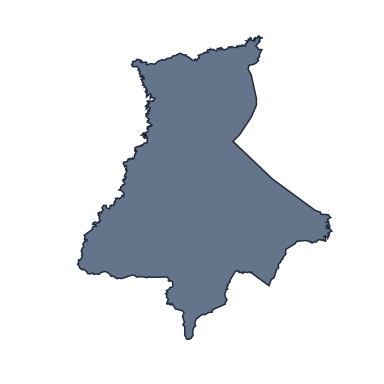 Puerto Lleras, Meta, Colombia (Robinson projection), rotated 256°
{"feature_id": "7082276B33547604414651", "entity_name": "Puerto Lleras", "entity_type": "district", "adm_level": 2, "iso_a3": "COL", "parent_name": "Colombia", "parent_adm1": "Meta", "projection": "robinson", "projection_center": [-73.194, 3.209], "detail": "fine", "context": "isolated", "style": "filled", "palette": "slate", "viewbox_px": 384, "rotation_deg": 256, "n_neighbors": 0, "source": "geoboundaries", "source_scale": "gbopen_adm2", "svg_char_len": 6058}
<svg xmlns="http://www.w3.org/2000/svg" viewBox="0 0 384 384"><g transform="rotate(256 192 192)"><path d="M70.5,182.4L72.3,183.3L73.2,185.5L75.1,197.1L76.9,197.8L78.9,199.9L81.6,199.0L85.3,199.0L87.3,200.8L88.7,201.0L89.1,203.1L91.4,202.9L92.4,204.3L93.5,203.8L95.4,207.0L97.8,208.1L104.5,214.9L104.4,217.4L103.6,218.5L102.6,218.1L101.7,221.0L100.7,221.4L101.2,222.7L101.7,222.3L101.7,223.5L100.4,226.5L100.7,228.4L99.6,229.0L99.6,230.6L98.9,230.3L82.4,244.0L87.7,247.6L89.2,251.1L96.2,255.2L97.5,257.8L100.3,258.1L101.8,259.2L102.2,260.7L104.9,262.8L105.0,263.9L107.3,265.2L108.8,267.9L113.2,268.9L113.8,269.7L116.9,279.6L118.7,281.5L117.7,289.7L115.7,294.1L115.1,294.1L115.0,295.6L113.5,295.9L114.0,299.8L113.4,300.4L114.9,302.4L114.7,305.0L113.6,306.4L113.9,308.1L112.6,308.4L112.0,309.5L112.7,310.2L115.6,310.3L116.8,309.5L117.1,310.7L116.2,312.0L114.2,312.4L117.3,315.0L118.4,314.6L119.0,313.2L118.9,315.3L119.7,315.9L120.2,318.2L123.0,316.8L123.8,314.5L124.5,317.1L126.0,317.4L125.4,314.9L126.0,313.9L127.0,314.7L127.6,317.1L130.0,317.4L130.2,315.4L131.0,317.0L132.8,317.1L133.7,320.5L135.2,319.2L136.9,318.9L139.4,311.5L141.4,311.7L144.2,307.2L185.1,273.2L231.2,244.0L236.2,252.2L250.6,267.9L260.5,275.4L266.9,277.1L291.7,277.8L297.6,276.1L301.3,278.2L300.9,282.6L301.8,285.8L303.7,288.5L305.5,287.8L306.8,290.2L308.6,290.4L313.3,294.2L314.3,290.7L316.0,290.8L318.3,289.1L321.7,294.4L322.8,293.7L322.9,294.4L324.8,295.1L324.3,298.0L326.0,294.6L326.3,295.2L327.1,294.5L326.2,294.3L326.9,293.5L325.7,292.5L325.8,291.1L326.5,290.8L326.0,289.9L324.7,289.6L325.1,289.0L324.3,289.1L324.3,289.9L323.3,289.1L325.0,286.4L327.2,286.5L327.5,285.9L326.7,286.0L326.6,284.0L325.6,284.6L325.8,283.1L324.9,282.8L325.4,281.2L324.0,282.1L322.7,279.7L321.0,279.1L321.7,278.7L321.6,276.2L322.5,276.0L321.4,274.9L322.6,273.7L321.7,272.5L322.7,271.7L321.8,270.9L322.4,270.7L321.6,270.0L321.8,268.1L323.5,265.9L322.8,264.4L323.5,264.5L323.9,262.7L322.4,261.2L322.1,258.3L323.2,256.1L325.1,255.3L325.1,254.4L323.4,254.2L324.7,253.2L324.3,252.5L325.1,251.3L323.0,250.4L324.1,247.9L325.2,247.4L325.4,245.0L326.6,244.4L325.6,243.9L326.2,241.9L325.1,240.7L323.7,241.6L323.4,240.9L324.4,238.0L323.5,235.9L323.1,231.1L320.5,231.7L320.7,230.8L318.4,228.4L320.2,227.4L319.1,226.2L320.2,223.9L323.1,222.0L325.3,219.3L326.2,219.6L327.6,216.0L328.9,215.3L329.5,213.6L328.4,209.1L328.6,206.5L327.3,204.4L327.6,199.6L326.4,197.4L327.6,195.5L327.2,191.3L325.0,186.5L326.5,183.4L326.4,178.8L328.9,179.4L330.2,173.8L331.3,174.9L332.1,174.2L331.7,173.4L332.9,173.4L333.5,171.1L334.1,170.9L332.6,168.5L333.1,165.5L332.4,166.5L330.0,164.1L329.1,165.4L328.0,164.7L326.8,169.2L324.5,170.1L323.5,169.3L323.4,170.2L322.5,169.7L321.2,171.0L320.0,169.5L317.5,170.6L316.8,169.5L316.0,170.3L317.3,171.1L316.9,171.9L315.8,171.3L315.2,172.0L315.9,172.6L313.8,173.3L313.2,172.6L314.7,171.7L313.9,171.8L313.7,169.8L311.6,170.8L310.7,170.3L309.6,171.4L308.0,170.2L308.4,171.8L307.6,170.6L306.9,171.5L305.3,171.0L305.6,171.9L304.7,172.5L302.4,172.3L302.5,173.6L301.8,172.5L301.1,173.1L300.7,171.0L299.4,172.3L299.3,171.6L298.2,171.6L297.2,172.4L296.9,171.4L295.3,170.8L297.5,175.1L295.1,176.0L295.0,174.7L293.1,174.2L294.0,175.1L293.0,175.9L292.2,178.6L290.9,178.4L290.0,175.9L289.5,176.0L290.9,171.5L289.9,172.2L290.1,170.8L289.1,171.5L288.1,170.3L288.1,171.5L287.1,171.0L287.4,170.0L286.5,169.8L287.0,168.9L286.5,167.7L285.8,168.7L283.7,167.7L284.8,170.3L284.1,171.6L282.5,171.0L282.4,169.8L281.0,170.3L280.7,169.6L281.7,169.2L281.1,168.6L278.5,168.9L278.1,168.2L279.0,168.3L279.3,167.4L278.9,166.2L277.4,166.5L276.5,165.1L276.7,166.3L274.8,166.6L272.7,168.1L271.7,166.0L271.0,166.5L270.6,165.6L268.1,168.5L266.4,169.4L265.8,168.2L266.4,168.2L266.5,166.6L266.1,165.9L265.5,166.3L264.9,164.9L265.8,164.4L264.1,163.6L263.0,164.6L261.1,163.7L260.9,160.9L260.2,159.7L261.0,159.1L259.4,156.8L259.0,161.4L257.7,161.3L258.1,159.0L257.2,159.1L257.1,158.1L255.5,159.2L255.9,161.8L250.5,160.3L251.1,157.4L249.3,155.6L249.8,154.5L248.7,154.3L249.6,152.4L248.7,150.8L249.4,149.9L248.8,147.6L246.2,146.5L246.3,147.7L245.1,148.2L245.0,147.0L243.8,147.3L242.1,145.4L238.6,143.9L238.4,141.7L239.0,141.9L238.5,141.2L239.6,140.2L238.6,138.3L239.3,138.0L237.1,136.2L237.5,132.7L236.0,132.2L233.7,133.2L232.7,132.1L233.3,134.4L232.2,134.6L230.3,133.2L230.1,133.9L229.0,133.2L228.2,134.1L223.7,130.2L222.2,131.6L220.7,128.3L220.4,129.7L219.2,127.8L217.1,128.9L215.6,128.3L215.8,126.5L214.6,125.9L214.5,124.4L212.3,123.3L211.6,121.7L210.4,123.9L207.0,125.8L204.6,124.6L205.7,123.4L204.1,122.5L203.1,119.7L204.0,118.6L203.5,118.3L204.3,116.3L203.2,116.5L202.1,115.3L201.0,115.3L201.4,114.7L200.6,113.9L198.5,113.6L198.1,112.6L198.8,111.2L198.1,110.5L198.7,109.3L195.7,108.2L196.8,105.7L198.4,105.0L199.7,105.6L200.4,103.0L198.4,100.8L196.2,101.6L194.8,99.5L193.4,99.2L194.8,97.5L194.2,95.7L193.3,95.8L193.4,96.6L192.2,95.5L190.8,96.7L189.8,95.5L186.1,96.2L186.0,94.3L184.8,94.2L184.6,92.9L186.3,91.0L186.1,89.0L184.9,87.8L183.5,90.6L182.1,90.8L182.5,87.6L179.7,85.9L176.1,77.0L175.0,77.4L171.9,76.2L171.3,78.6L170.3,78.3L169.7,77.6L170.3,76.2L168.0,73.6L164.6,73.4L164.0,71.9L161.1,70.1L159.1,71.1L157.7,69.7L155.7,69.8L153.4,67.5L153.6,65.5L150.7,64.9L149.6,63.5L147.3,64.9L145.8,64.5L143.1,66.5L143.2,68.4L139.6,70.9L138.4,70.8L137.3,72.6L137.2,76.3L135.7,76.9L135.8,79.1L134.6,81.8L136.0,84.6L135.9,88.7L134.1,90.8L130.5,93.2L129.8,93.0L129.5,94.9L125.9,98.5L126.4,99.6L125.0,102.7L125.9,113.8L125.1,116.1L122.9,117.6L122.1,122.5L119.8,127.7L120.0,130.1L119.3,131.1L115.5,147.4L113.0,148.4L111.8,147.6L110.8,148.4L111.1,150.0L109.7,151.3L106.2,151.0L104.6,149.7L104.6,147.4L103.4,146.7L102.5,143.3L100.6,144.0L99.8,141.8L98.2,142.6L96.0,141.8L93.6,143.1L89.8,140.4L89.1,141.1L89.5,143.3L88.3,142.9L87.4,144.5L88.7,145.8L82.6,147.6L79.3,153.6L77.4,154.8L76.0,154.7L73.9,152.7L67.5,153.1L65.3,151.0L63.4,152.3L54.6,150.4L50.5,151.3L49.9,153.4L50.4,155.8L52.6,158.3L56.3,158.8L60.1,160.9L61.2,163.1L64.6,163.1L67.7,165.4L70.8,172.2L69.8,174.8L71.1,179.3L70.5,182.4Z" fill="#64748b" stroke="#1e293b" stroke-width="1.5"/></g></svg>